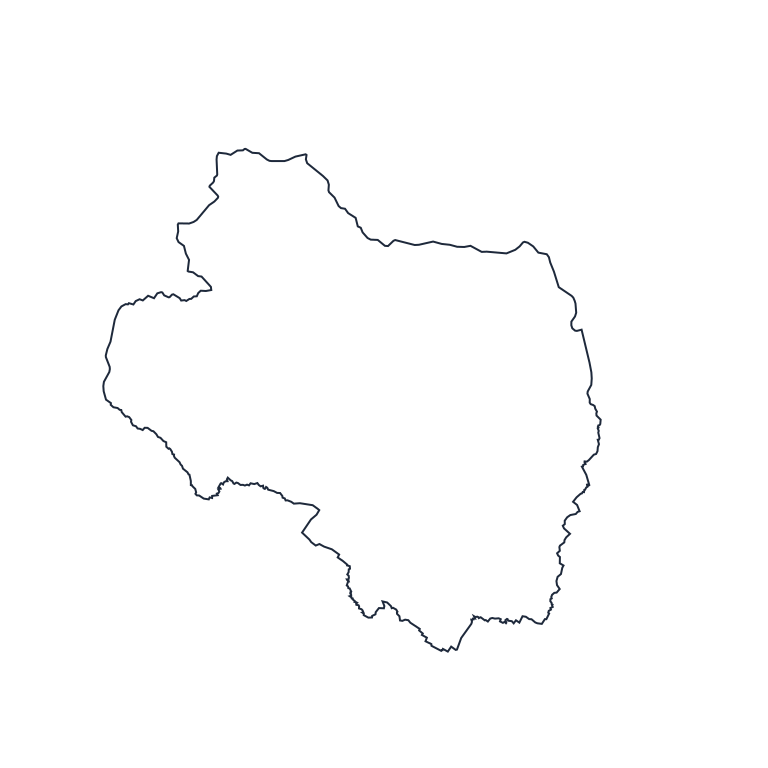 Na Yong, Trang, Thailand, rotated 307°
{"feature_id": "78962969B91154230125686", "entity_name": "Na Yong", "entity_type": "district", "adm_level": 2, "iso_a3": "THA", "parent_name": "Thailand", "parent_adm1": "Trang", "projection": "equal_earth", "projection_center": [99.716, 7.559], "detail": "fine", "context": "isolated", "style": "outline", "palette": "slate", "viewbox_px": 768, "rotation_deg": 307, "n_neighbors": 0, "source": "geoboundaries", "source_scale": "gbopen_adm2", "svg_char_len": 6166}
<svg xmlns="http://www.w3.org/2000/svg" viewBox="0 0 768 768"><g transform="rotate(307 384 384)"><path d="M188.0,512.1L190.3,514.9L191.7,514.1L194.9,515.8L196.8,514.7L202.0,514.8L204.8,518.9L206.9,517.9L209.5,513.7L211.4,518.0L210.8,523.2L209.6,525.1L210.7,525.9L211.2,529.5L210.2,531.8L209.5,531.7L208.3,532.7L207.8,536.1L204.8,539.1L205.9,541.2L208.5,542.7L210.0,545.6L209.2,548.7L209.9,560.0L208.3,560.4L208.1,565.1L206.4,565.3L207.2,570.9L203.5,572.0L204.8,578.3L203.5,579.5L205.3,590.2L206.2,590.1L206.6,590.9L207.9,590.5L208.7,596.0L214.7,595.7L214.8,601.3L215.8,602.1L227.7,598.5L245.0,598.1L247.0,597.4L248.3,595.7L248.7,596.5L249.9,596.2L250.1,597.2L251.1,597.0L251.5,597.8L252.7,595.6L252.9,597.3L254.3,598.5L254.6,599.8L254.1,600.6L255.9,601.6L255.9,606.7L256.7,607.3L256.8,609.9L260.6,610.0L262.3,611.3L263.4,613.8L265.9,616.6L266.4,618.8L264.2,619.5L264.8,622.7L266.7,623.5L266.4,625.4L266.9,625.4L268.5,623.1L270.4,623.6L270.6,624.2L269.7,625.6L271.5,628.8L270.9,631.6L274.7,631.6L274.9,635.7L281.9,634.4L283.5,637.4L283.6,641.4L284.9,643.4L284.6,648.3L285.2,650.5L287.4,654.4L293.0,654.0L293.9,655.2L300.1,654.0L300.2,652.8L302.0,652.1L304.3,653.1L305.2,651.7L307.5,652.9L308.2,651.6L309.2,651.4L309.1,650.4L310.1,649.5L310.6,647.6L312.3,646.4L313.7,647.0L314.5,645.8L316.8,645.1L319.7,645.7L321.3,647.4L326.0,647.7L327.5,643.2L330.4,640.3L334.5,638.7L338.7,639.7L344.5,637.0L347.1,636.6L346.6,632.3L351.7,628.6L351.8,626.3L353.0,624.1L356.6,624.8L359.3,622.2L360.8,621.8L366.0,623.3L368.0,622.1L371.2,621.8L376.3,622.7L377.0,614.7L378.4,612.1L380.9,612.7L383.6,610.6L387.8,610.5L391.5,611.7L395.6,615.4L398.4,615.6L400.1,616.8L403.6,611.0L403.7,605.9L409.4,606.0L414.7,607.1L415.7,607.9L417.4,607.7L418.0,608.8L420.0,607.7L420.5,608.2L423.0,607.8L424.3,608.3L425.8,606.7L426.6,607.4L426.2,608.6L426.8,608.8L433.2,600.2L437.1,591.8L438.0,592.5L439.3,591.8L441.4,593.1L442.2,591.2L442.9,590.8L444.0,592.7L446.4,593.4L453.8,594.1L455.8,595.5L458.9,594.9L462.2,592.8L465.3,591.9L468.1,588.3L468.8,589.1L470.5,588.7L474.1,584.4L475.8,583.7L477.2,581.4L478.2,581.6L478.4,580.6L479.9,580.1L480.7,580.9L482.2,580.8L485.9,578.5L486.7,572.7L488.4,571.2L490.1,570.7L491.4,567.6L493.1,565.6L493.1,563.7L492.3,561.2L492.9,559.5L495.8,557.4L498.7,552.3L500.6,551.2L508.0,550.1L513.4,546.6L518.1,542.6L524.8,535.2L546.3,509.1L542.5,506.1L541.6,504.5L541.8,500.9L543.6,498.3L546.6,496.1L552.9,495.9L556.6,494.6L563.5,488.5L565.2,486.2L566.9,483.2L567.3,480.8L566.5,465.3L576.0,452.1L581.1,443.6L584.5,439.4L585.6,435.9L581.8,428.2L583.7,420.4L583.4,413.9L582.1,410.6L580.7,409.8L575.5,409.5L570.2,408.1L562.0,403.2L551.5,386.4L548.3,382.5L546.4,369.9L541.7,365.6L537.6,359.8L534.8,352.8L530.6,345.8L527.3,337.5L516.2,328.1L513.5,324.9L505.7,306.3L504.1,305.4L496.6,304.2L494.9,301.6L495.3,292.3L491.3,286.5L490.7,283.0L492.2,275.7L494.8,271.4L494.1,268.2L499.6,261.4L498.9,252.5L500.5,247.4L498.6,243.8L498.8,240.7L503.1,232.3L504.1,224.7L505.2,223.1L510.0,220.0L512.6,216.4L513.4,210.0L514.1,189.8L516.4,186.4L520.3,184.3L520.3,183.2L512.3,176.4L505.3,172.7L502.2,170.4L494.3,159.9L493.3,158.2L492.8,155.3L493.1,145.3L489.4,139.7L488.5,132.0L487.8,131.2L485.7,130.7L482.2,126.4L474.7,123.6L473.1,119.4L469.2,112.8L465.4,113.4L462.5,115.2L451.0,124.7L449.9,125.1L446.7,124.3L443.7,126.1L442.1,126.3L437.6,125.5L436.4,125.9L434.4,137.8L433.8,138.9L432.7,139.3L427.6,138.7L421.6,136.7L402.3,135.7L398.8,134.4L394.9,131.8L388.6,123.2L387.2,123.4L382.0,127.8L375.7,130.7L373.7,134.5L373.9,141.1L368.9,147.3L365.8,153.6L356.1,159.2L356.1,160.1L358.3,164.3L358.3,170.6L360.0,173.6L357.4,187.3L355.1,189.5L351.1,185.8L348.2,181.5L344.8,180.9L341.4,181.7L339.4,179.4L336.0,178.8L334.8,177.4L331.3,176.1L331.0,174.3L328.6,171.8L329.6,169.2L328.9,161.8L327.8,160.9L324.3,160.5L323.6,159.8L322.5,155.1L323.7,151.9L323.2,150.7L320.0,148.4L314.1,148.7L312.5,142.5L305.6,141.1L304.6,137.8L300.8,135.8L296.7,136.0L295.0,131.6L293.5,131.6L292.3,129.6L287.9,127.6L283.1,127.6L273.3,130.3L253.2,140.1L245.5,142.0L239.4,144.6L238.1,145.7L232.6,154.6L230.9,156.1L228.3,157.4L217.2,159.0L213.4,161.1L209.5,164.5L204.2,171.4L204.4,177.4L202.9,178.3L202.6,181.9L204.5,185.7L204.3,188.4L205.1,189.8L203.7,191.5L202.4,197.3L203.6,198.3L204.2,200.4L203.2,203.9L201.6,204.7L199.9,208.3L201.0,211.4L200.2,214.0L201.4,216.2L202.0,219.0L205.0,219.2L206.7,221.6L206.7,226.5L207.5,228.3L206.9,232.4L205.7,235.3L206.5,237.9L205.7,242.2L206.4,245.1L202.9,247.9L202.6,250.9L203.4,251.3L203.4,252.5L202.3,255.4L200.7,257.2L201.3,258.8L200.2,259.4L199.2,261.2L198.5,267.8L197.3,270.0L197.1,271.9L195.4,274.4L195.2,280.2L194.2,282.3L194.5,283.2L190.3,288.1L187.0,290.6L187.6,291.7L187.1,292.4L186.6,296.4L184.4,299.2L182.8,299.5L182.4,301.5L183.7,303.5L184.0,309.0L186.4,313.5L188.5,313.0L189.5,315.3L191.2,314.1L195.1,318.1L195.9,316.5L197.3,317.4L199.1,317.2L200.2,314.9L202.0,316.5L202.3,315.9L201.8,314.0L206.2,313.4L206.8,313.6L206.9,315.9L208.9,315.3L211.0,316.0L212.2,317.5L213.3,315.9L215.2,315.6L214.8,319.5L215.1,321.2L214.0,323.7L214.2,324.7L216.4,325.4L217.0,326.9L217.0,330.1L218.6,332.1L219.2,334.0L221.2,335.2L221.8,337.2L224.4,337.2L226.0,340.6L228.7,342.5L228.0,344.7L228.0,347.0L230.0,348.6L228.4,350.1L228.3,351.6L228.8,352.1L230.8,351.8L230.9,353.2L229.9,355.1L232.1,360.4L232.7,364.2L234.4,366.6L233.4,370.2L232.2,371.4L232.9,373.6L231.8,375.5L233.0,376.9L234.1,380.8L234.2,384.0L238.2,388.6L244.3,400.0L244.4,406.6L244.3,408.2L239.0,408.8L231.9,407.2L216.0,408.0L214.9,418.0L213.9,421.1L213.9,426.7L217.3,428.7L218.1,434.1L220.6,441.8L220.8,450.8L217.6,451.4L217.9,457.7L217.6,463.4L216.9,463.7L217.9,466.3L216.0,468.0L214.8,467.4L212.4,469.0L209.8,469.3L209.6,471.2L208.1,472.6L206.6,473.2L205.6,471.9L205.2,472.8L205.6,474.0L205.1,474.7L204.7,474.2L200.7,475.5L200.7,477.1L199.5,478.4L200.1,479.6L198.5,482.7L197.5,482.5L197.3,483.2L196.3,483.3L196.3,484.2L195.2,485.2L193.9,484.3L194.0,486.3L193.3,487.3L193.9,488.0L193.1,489.2L193.1,491.2L192.2,491.6L193.0,493.1L193.1,494.2L191.9,493.9L191.0,494.8L192.0,496.8L191.5,497.9L189.7,499.1L190.6,501.6L190.3,503.1L189.2,505.0L188.4,504.3L188.4,506.1L187.2,506.9L188.0,512.1Z" fill="none" stroke="#1e293b" stroke-width="2"/></g></svg>